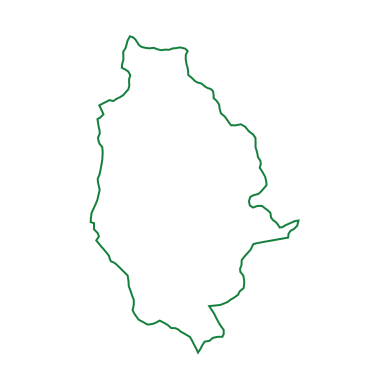 outline of Japoatã, Sergipe, Brazil, rotated 175°
{"feature_id": "56859067B54321289855838", "entity_name": "Japoatã", "entity_type": "district", "adm_level": 2, "iso_a3": "BRA", "parent_name": "Brazil", "parent_adm1": "Sergipe", "projection": "orthographic", "projection_center": [-36.794, -10.437], "detail": "fine", "context": "isolated", "style": "outline", "palette": "green", "viewbox_px": 384, "rotation_deg": 175, "n_neighbors": 0, "source": "geoboundaries", "source_scale": "gbopen_adm2", "svg_char_len": 2699}
<svg xmlns="http://www.w3.org/2000/svg" viewBox="0 0 384 384"><g transform="rotate(175 192 192)"><path d="M213.8,337.1L217.6,339.0L221.7,338.8L226.0,339.7L229.5,340.9L232.0,343.0L233.5,345.9L235.1,348.9L237.2,351.2L240.3,352.5L243.0,348.4L244.7,343.6L245.9,340.8L248.3,337.7L248.5,333.6L248.9,329.5L250.3,326.0L251.1,321.9L247.9,319.9L245.0,317.6L243.3,313.7L244.8,310.0L245.1,306.8L245.2,303.1L246.6,299.7L249.6,296.9L252.2,294.4L255.3,292.8L259.2,291.3L262.3,289.5L266.2,290.7L271.5,288.6L276.8,286.4L275.1,281.9L273.4,277.1L276.7,274.3L279.8,272.9L279.5,268.4L279.2,264.6L278.7,261.2L278.8,258.1L280.9,254.5L280.6,250.5L279.6,247.5L277.5,244.7L277.5,239.5L278.0,235.7L278.5,232.4L279.5,228.2L281.1,222.4L282.6,217.4L284.8,213.4L284.8,209.7L283.8,202.1L286.9,192.6L288.8,188.8L293.9,179.8L295.1,174.2L295.6,170.9L292.3,169.4L292.9,163.5L289.5,159.2L288.6,155.7L291.6,152.1L289.3,148.8L287.3,145.7L285.2,143.0L282.6,139.2L280.3,135.8L279.8,132.9L278.9,130.1L276.0,128.6L273.6,126.5L263.4,114.4L263.0,108.7L263.2,103.7L261.9,99.1L260.6,93.7L259.4,89.6L259.8,84.7L261.5,79.6L260.2,76.1L258.6,73.3L256.3,69.5L251.6,66.4L248.1,63.9L244.8,63.8L241.8,64.2L238.8,65.2L235.4,66.7L231.8,64.5L227.7,61.6L224.6,58.3L220.4,57.8L217.5,56.1L215.4,53.9L211.8,51.5L206.7,47.8L204.9,44.0L203.3,39.9L201.4,35.4L200.0,31.5L197.1,35.2L195.1,38.4L192.5,41.8L187.7,42.2L183.8,44.9L178.8,45.5L174.4,45.1L172.8,47.7L172.5,52.0L174.7,55.5L176.6,59.1L179.1,65.1L180.6,69.0L182.4,72.3L184.8,76.8L179.4,76.9L173.9,77.0L169.5,78.2L166.0,79.4L162.8,81.5L159.9,82.8L155.3,85.4L152.9,89.1L149.0,91.7L148.1,95.5L147.7,99.0L148.2,104.4L150.8,108.1L150.8,111.3L149.1,114.7L148.4,119.9L145.2,123.3L138.7,129.4L135.5,134.7L132.4,135.3L125.3,136.0L100.2,138.2L99.5,141.9L97.3,144.7L93.7,146.2L90.1,149.3L88.4,154.3L91.9,154.1L97.8,152.1L101.9,150.7L104.8,149.2L107.8,149.0L109.2,151.9L111.0,154.6L113.7,156.9L115.5,159.7L115.7,164.4L118.4,167.4L120.7,169.4L123.5,172.0L128.0,172.4L132.6,171.2L135.5,173.5L136.1,177.6L134.5,181.9L130.9,183.5L126.1,184.2L122.9,186.7L120.2,189.3L117.2,192.3L117.1,195.7L117.8,200.8L120.1,205.9L122.4,210.2L121.0,214.0L121.2,217.1L123.3,221.2L123.6,225.3L124.8,231.2L124.3,236.2L124.1,240.5L126.2,244.1L130.1,247.5L133.3,252.3L137.4,255.2L142.9,254.6L147.3,255.1L149.4,258.4L151.2,261.7L153.0,264.6L156.3,267.8L157.2,272.4L157.4,276.8L159.6,280.8L162.3,283.6L162.0,286.7L162.3,290.5L164.3,293.0L167.2,294.1L169.8,295.9L173.2,299.3L176.8,300.5L179.3,302.2L182.0,305.4L185.5,308.9L185.4,312.7L185.6,316.6L186.3,319.6L186.7,324.8L186.2,329.3L184.0,332.7L186.3,335.4L191.3,337.1L195.5,336.7L198.9,336.7L202.1,335.7L207.0,336.2L210.0,335.9L213.8,337.1Z" fill="none" stroke="#15803d" stroke-width="2"/></g></svg>